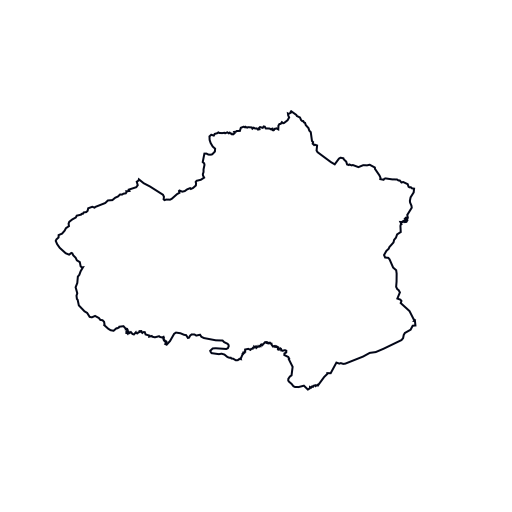 Lampung Utara, Lampung, Indonesia, rotated 38°
{"feature_id": "22746128B16659764843822", "entity_name": "Lampung Utara", "entity_type": "district", "adm_level": 2, "iso_a3": "IDN", "parent_name": "Indonesia", "parent_adm1": "Lampung", "projection": "orthographic", "projection_center": [104.757, -4.808], "detail": "fine", "context": "isolated", "style": "outline", "palette": "ink", "viewbox_px": 512, "rotation_deg": 38, "n_neighbors": 0, "source": "geoboundaries", "source_scale": "gbopen_adm2", "svg_char_len": 6140}
<svg xmlns="http://www.w3.org/2000/svg" viewBox="0 0 512 512"><g transform="rotate(38 256 256)"><path d="M131.8,387.3L133.1,391.7L138.1,395.4L139.0,397.8L141.3,400.1L142.4,400.3L146.8,404.0L154.9,405.2L158.0,404.8L162.4,406.4L164.4,405.4L166.1,402.3L170.4,401.6L172.7,402.2L174.6,401.1L176.8,401.4L178.8,403.2L178.9,403.9L184.3,404.3L187.1,404.0L189.8,402.6L190.5,398.9L191.2,398.4L192.0,396.7L191.8,395.9L194.8,392.9L198.1,393.5L198.6,394.1L199.3,393.6L198.8,393.0L199.3,392.8L200.4,393.3L200.9,394.2L200.5,395.5L201.3,396.5L202.0,396.0L202.9,396.2L202.7,394.2L203.8,394.5L204.2,393.0L206.7,393.5L208.1,393.0L208.3,390.1L209.0,390.5L210.2,390.0L210.3,388.7L211.0,387.7L210.5,386.9L211.8,385.8L212.4,386.4L213.8,386.6L214.0,385.4L215.2,384.5L217.3,385.8L220.9,384.4L221.5,385.3L223.1,383.2L223.9,383.5L226.4,382.3L229.0,378.9L230.2,378.9L232.2,378.0L232.9,376.6L233.9,377.2L234.1,378.4L235.3,378.6L235.4,379.2L237.4,379.5L237.4,378.6L238.1,378.6L238.6,379.6L238.7,381.2L240.2,380.9L240.6,376.0L239.4,367.7L240.1,365.6L244.0,363.4L247.8,362.4L249.7,361.4L252.8,362.5L253.5,361.6L253.1,359.2L253.6,357.4L255.9,355.7L257.9,355.5L260.4,352.5L262.7,353.3L265.5,352.7L276.2,347.2L281.7,343.2L283.9,343.5L287.6,342.7L288.9,342.9L290.0,343.8L290.6,346.0L289.8,347.6L280.9,353.6L278.8,355.5L278.3,358.9L279.1,359.4L280.8,359.9L287.2,356.2L289.0,354.2L291.8,353.1L295.7,353.2L297.6,352.6L298.7,351.7L299.8,351.9L301.2,351.0L304.3,350.6L305.8,349.3L306.2,347.6L306.8,347.3L306.8,346.5L307.3,346.4L306.8,346.0L307.0,345.5L306.1,342.3L306.2,341.6L305.7,341.3L306.1,340.6L305.5,340.0L306.4,339.4L305.9,338.5L306.4,338.1L305.0,336.4L307.1,333.9L309.4,333.4L309.4,332.1L310.5,331.0L310.1,330.1L310.8,329.4L310.4,328.7L311.5,328.8L311.9,328.4L311.6,327.8L312.2,327.8L312.3,327.1L312.9,327.7L313.1,326.5L314.2,325.6L313.9,324.9L315.2,324.3L314.4,322.9L314.9,322.1L315.9,322.3L316.2,318.3L317.6,317.1L318.0,317.2L318.1,317.9L319.6,317.3L320.0,316.9L319.7,316.3L320.4,315.7L321.5,316.0L322.1,315.5L323.2,316.4L325.2,316.9L325.7,315.8L326.7,315.9L326.7,315.2L328.0,315.3L328.4,314.9L328.2,314.5L329.5,314.3L329.6,314.8L330.2,314.9L330.5,315.9L331.2,316.1L331.7,315.7L331.2,314.9L331.9,313.8L332.9,313.8L333.9,314.8L334.3,314.4L335.1,314.5L336.8,312.4L338.2,312.0L339.2,313.4L338.4,315.3L339.3,316.6L343.6,315.7L345.4,316.5L345.3,317.1L353.1,320.8L357.5,328.2L356.9,330.1L357.1,332.9L358.1,334.3L359.2,334.7L362.9,334.9L365.7,335.6L367.4,335.2L370.3,333.0L373.6,328.7L379.1,329.3L379.9,327.1L379.2,326.0L380.5,325.7L380.4,324.5L381.4,324.1L381.1,323.0L382.3,321.4L383.0,321.8L384.0,319.2L384.5,319.5L384.2,309.3L384.8,305.0L384.3,304.4L387.0,302.4L385.0,290.5L387.9,289.5L388.8,288.2L391.2,287.3L392.6,285.9L402.3,269.3L405.3,262.3L409.5,258.0L413.6,250.6L422.4,232.7L422.5,230.2L421.0,227.2L420.7,225.0L423.2,218.9L422.4,214.5L424.4,212.6L421.3,209.4L420.5,209.9L420.5,208.7L419.2,208.8L410.9,204.9L399.0,204.0L398.3,201.9L396.7,201.5L393.6,202.5L391.8,196.1L389.4,195.1L387.6,195.1L385.4,194.0L382.5,189.6L377.6,183.2L375.2,180.9L371.2,180.7L363.3,176.4L361.4,176.0L358.7,177.7L356.3,176.4L355.6,171.7L356.1,168.6L355.6,166.8L356.0,160.7L354.9,158.2L355.0,155.4L353.9,152.1L355.3,148.0L351.3,143.4L350.7,142.0L351.0,141.4L348.8,140.3L350.7,139.0L350.3,138.4L350.7,137.5L352.4,137.7L353.5,136.5L353.4,135.8L350.6,136.1L353.3,135.1L353.3,134.6L352.5,134.1L351.0,135.2L350.4,135.1L350.5,133.5L352.0,132.3L349.9,130.5L349.0,122.1L347.6,120.7L344.5,119.0L343.3,117.8L341.7,114.6L341.1,108.8L339.1,105.6L337.2,106.7L335.6,106.5L334.7,107.4L333.6,107.5L331.3,106.0L326.4,107.1L325.4,108.5L322.8,108.0L321.7,108.8L320.0,108.9L316.1,111.8L310.3,115.1L309.6,116.1L309.6,117.4L306.6,118.9L305.9,117.7L303.7,116.5L296.1,114.1L295.2,113.1L289.4,114.1L287.7,116.2L284.6,118.4L282.0,122.9L276.3,124.7L275.6,125.7L273.2,126.4L273.1,127.2L271.4,127.8L269.0,126.1L265.7,125.8L264.7,125.2L262.1,126.5L261.4,128.2L261.6,135.3L257.2,135.9L240.6,136.3L238.8,135.6L236.1,131.3L233.7,132.1L233.5,132.8L231.5,132.6L230.9,131.1L229.3,130.9L222.9,124.7L220.8,124.4L218.6,122.9L214.6,122.2L212.7,120.9L211.6,121.2L210.2,120.6L209.5,121.2L207.8,121.1L205.4,119.8L202.0,120.5L200.9,120.0L193.8,120.3L195.4,121.1L194.2,124.0L193.5,124.1L194.8,125.4L196.8,126.4L197.3,129.6L196.2,133.9L195.6,134.7L194.0,134.6L194.1,136.7L193.2,137.6L193.4,139.4L195.6,142.5L193.4,142.9L192.8,144.1L192.1,144.5L192.6,145.8L192.2,146.4L191.4,146.6L190.3,145.8L189.7,147.0L188.2,147.2L185.1,149.5L183.3,148.7L182.3,149.2L182.4,150.9L179.8,151.9L179.6,153.3L180.7,154.0L179.7,155.2L178.0,155.0L176.8,156.1L175.2,156.3L174.8,157.9L173.5,157.3L170.4,159.4L170.0,160.3L168.1,160.7L168.1,161.4L166.7,161.7L165.1,164.3L166.3,167.4L163.9,169.3L163.7,170.3L162.4,171.7L163.5,172.3L163.2,174.1L162.1,174.9L161.5,174.5L160.7,175.1L159.3,175.0L159.0,176.1L157.3,176.2L156.1,178.3L155.3,178.3L153.7,180.0L151.4,181.6L150.2,181.8L150.0,182.9L148.3,185.2L148.6,187.1L146.1,188.0L145.7,190.4L148.0,193.1L150.7,194.9L154.5,196.4L157.7,196.6L159.3,199.0L158.9,202.8L158.1,203.9L156.1,205.4L153.9,205.8L152.3,207.1L156.2,214.8L158.1,214.9L159.3,215.9L161.3,220.0L163.0,222.2L163.7,224.2L164.7,225.2L166.9,226.2L165.6,229.9L162.9,233.3L162.9,234.8L164.0,235.6L165.2,237.5L164.5,241.2L163.4,243.3L162.3,243.1L160.7,245.9L159.9,248.7L158.3,250.7L155.4,251.5L155.3,252.2L156.8,253.3L155.7,255.8L154.4,262.8L153.6,264.5L150.5,266.8L149.5,268.3L148.3,268.2L147.0,266.0L145.0,265.0L129.7,266.5L122.7,267.8L116.5,267.7L117.0,268.8L116.3,270.9L119.2,273.0L119.3,275.5L114.9,282.0L116.2,282.7L114.0,284.8L114.6,285.1L114.8,286.8L113.2,288.5L112.6,290.1L111.0,291.2L110.6,294.1L109.2,296.7L108.4,300.4L105.1,303.4L104.6,307.0L99.2,316.2L99.0,317.3L96.7,318.0L94.4,321.7L95.5,324.1L95.2,325.9L93.4,327.8L93.6,329.3L92.6,330.2L92.7,331.1L89.9,334.6L90.3,336.6L88.7,340.3L87.8,344.0L88.4,345.9L90.2,347.6L89.1,351.1L89.6,353.9L89.4,357.8L87.6,361.0L89.0,363.0L88.5,365.8L88.9,367.4L92.0,369.1L96.3,370.4L104.3,371.0L107.9,370.0L108.6,367.3L109.6,367.0L111.6,368.0L114.9,368.4L117.5,369.7L120.9,369.3L124.2,372.1L125.8,372.2L126.6,371.4L127.2,376.0L128.4,379.7L128.3,381.9L131.8,387.3Z" fill="none" stroke="#020617" stroke-width="2"/></g></svg>